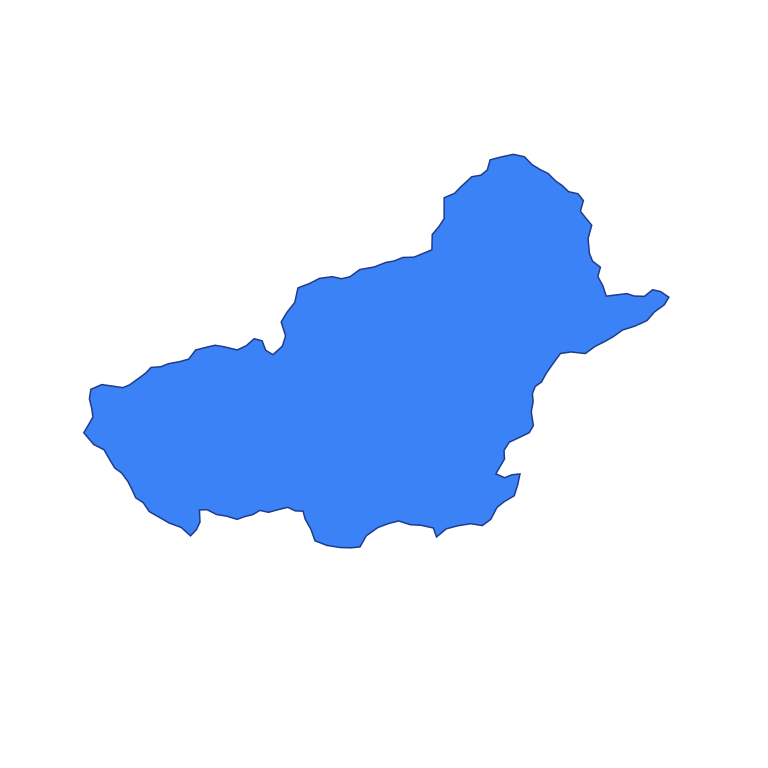 outline of Santana de Parnaíba, São Paulo, Brazil, rotated 158°
{"feature_id": "56859067B95466587764955", "entity_name": "Santana de Parnaíba", "entity_type": "district", "adm_level": 2, "iso_a3": "BRA", "parent_name": "Brazil", "parent_adm1": "São Paulo", "projection": "albers", "projection_center": [-46.919, -23.447], "detail": "fine", "context": "isolated", "style": "filled", "palette": "blue", "viewbox_px": 768, "rotation_deg": 158, "n_neighbors": 0, "source": "geoboundaries", "source_scale": "gbopen_adm2", "svg_char_len": 2171}
<svg xmlns="http://www.w3.org/2000/svg" viewBox="0 0 768 768"><g transform="rotate(158 384 384)"><path d="M178.1,548.5L190.9,550.7L201.6,552.1L208.0,543.8L215.9,541.3L225.0,543.3L238.4,538.2L247.3,534.3L258.4,534.2L263.0,523.0L266.3,514.8L273.9,509.5L283.3,504.5L289.3,490.5L308.8,490.4L319.2,494.3L328.6,494.3L336.7,496.0L349.4,496.2L363.6,499.2L375.5,496.2L383.9,497.5L391.8,502.9L404.2,506.1L415.1,505.1L427.8,505.3L436.2,493.0L447.5,486.6L456.1,480.0L457.2,465.5L464.0,457.2L476.0,452.8L481.1,459.7L480.8,469.7L487.4,474.6L497.3,471.1L507.4,470.6L518.4,478.5L526.1,483.2L534.8,484.6L545.9,486.1L555.8,480.2L566.2,481.5L576.4,483.6L584.4,483.6L593.9,486.6L601.1,483.3L611.8,480.6L620.2,478.5L627.6,478.5L635.7,483.3L645.9,489.2L657.8,488.9L662.7,480.6L664.1,471.1L666.2,462.5L672.7,457.3L680.6,451.3L675.8,436.6L668.2,427.8L666.7,416.7L665.1,407.0L660.6,399.8L658.0,389.7L657.2,380.5L656.8,371.4L651.7,364.2L649.5,353.7L641.6,343.7L635.3,335.6L625.7,326.9L620.3,315.7L612.7,319.1L606.4,324.8L602.3,336.3L595.2,333.8L588.1,325.7L579.4,320.4L570.9,313.5L563.3,313.3L554.6,312.1L546.4,313.3L539.2,308.3L529.7,307.2L519.4,305.7L513.8,299.6L506.7,296.4L507.7,288.3L506.2,276.5L506.7,264.4L497.5,255.8L485.9,248.8L476.3,244.6L467.3,241.9L457.3,249.9L443.5,253.2L431.9,252.9L421.7,251.5L412.5,243.8L402.2,238.9L392.2,232.0L392.6,222.5L380.6,226.4L369.2,225.0L356.0,222.0L345.8,215.9L335.7,218.5L325.5,227.2L317.0,229.8L305.1,231.6L297.6,240.7L291.6,249.7L299.5,251.9L307.2,251.9L313.9,258.8L306.8,264.4L300.4,269.3L297.6,277.5L289.7,283.1L276.1,283.9L267.5,284.5L261.1,289.5L257.9,303.0L252.3,311.8L250.0,319.5L244.7,325.1L237.3,326.8L229.2,333.4L219.3,339.8L209.0,346.2L198.7,343.7L185.9,336.8L174.4,339.8L163.4,340.7L153.8,342.0L142.7,344.7L129.2,343.7L116.4,344.3L106.2,349.5L94.3,352.5L87.4,357.8L93.0,366.2L99.7,370.8L109.7,367.7L119.2,371.9L124.9,376.8L135.6,379.7L145.0,382.2L144.3,393.2L145.5,403.6L139.6,411.2L144.6,419.7L144.6,428.1L140.3,442.4L131.9,453.4L134.9,462.9L137.2,470.6L130.4,479.4L132.9,487.7L140.8,493.2L144.3,501.0L148.8,507.9L153.0,517.8L158.6,523.9L164.6,532.0L168.7,542.1L178.1,548.5Z" fill="#3b82f6" stroke="#1e3a8a" stroke-width="1.5"/></g></svg>